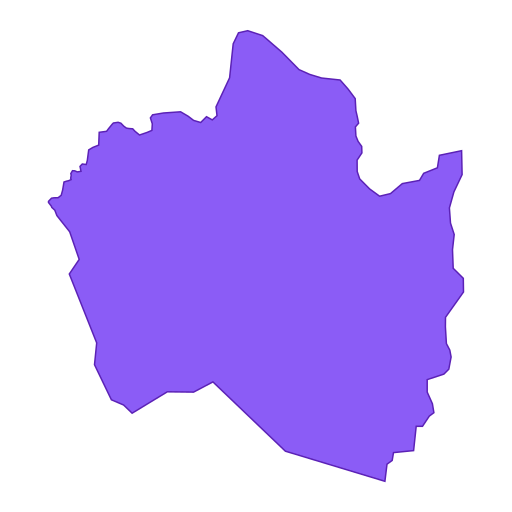 Villa del Carmen, Durazno, Uruguay
{"feature_id": "84410073B65013252614734", "entity_name": "Villa del Carmen", "entity_type": "district", "adm_level": 2, "iso_a3": "URY", "parent_name": "Uruguay", "parent_adm1": "Durazno", "projection": "equal_earth", "projection_center": [-55.935, -33.157], "detail": "fine", "context": "isolated", "style": "filled", "palette": "violet", "viewbox_px": 512, "rotation_deg": 0, "n_neighbors": 0, "source": "geoboundaries", "source_scale": "gbopen_adm2", "svg_char_len": 1633}
<svg xmlns="http://www.w3.org/2000/svg" viewBox="0 0 512 512"><path d="M132.1,413.2L167.3,391.8L193.6,392.1L212.9,381.9L285.4,451.2L384.9,481.3L387.0,464.2L392.2,460.4L393.5,452.6L413.6,450.6L416.2,426.3L422.5,426.3L429.3,416.1L433.9,412.7L432.4,403.7L427.2,392.1L427.2,379.6L443.9,374.1L448.8,369.2L451.1,357.0L449.8,350.1L446.4,343.6L445.4,326.9L445.5,317.3L463.5,292.0L463.3,278.3L453.2,268.3L452.5,249.7L454.2,234.5L450.5,223.1L449.4,207.9L453.9,191.9L462.1,174.6L461.6,150.7L439.4,155.3L437.4,167.8L423.7,173.3L419.5,180.4L402.3,183.6L390.5,193.6L379.6,196.2L369.6,188.9L359.7,178.9L357.2,171.5L357.1,160.1L361.9,152.9L361.7,146.4L358.1,141.4L355.9,136.0L355.4,126.9L358.6,123.2L357.2,116.3L355.9,110.7L355.2,98.6L348.1,89.1L340.1,80.0L321.5,78.0L309.7,74.4L299.0,69.6L281.8,52.1L262.7,35.6L247.7,30.7L238.5,32.8L233.2,43.8L229.6,77.8L216.0,106.9L217.0,115.7L212.3,119.9L206.5,116.7L200.7,122.5L193.6,120.4L188.1,116.2L180.6,111.8L163.4,113.0L152.6,114.8L150.4,117.9L152.3,123.8L151.9,130.4L146.9,132.5L139.5,135.0L134.9,131.2L132.7,128.8L128.8,128.5L126.4,128.1L123.8,126.2L120.9,123.2L118.1,122.3L113.4,123.0L112.3,124.1L108.6,128.6L106.6,131.3L99.2,132.3L98.7,145.1L92.9,147.4L88.7,149.9L87.3,160.5L86.2,164.5L82.3,164.0L80.0,166.4L81.0,171.3L77.3,171.9L74.7,170.8L72.5,170.7L70.8,173.6L71.2,175.1L70.7,178.2L71.1,179.6L68.6,180.7L66.4,181.2L64.0,182.0L62.6,190.2L61.2,195.3L58.1,197.7L54.0,197.8L51.5,198.2L48.5,201.3L48.5,202.5L51.3,206.1L51.8,207.4L54.8,210.2L56.9,215.6L69.7,231.8L79.2,259.4L69.3,274.0L96.7,342.9L94.5,364.7L111.4,399.8L123.6,405.0L132.1,413.2Z" fill="#8b5cf6" stroke="#5b21b6" stroke-width="1.5"/></svg>